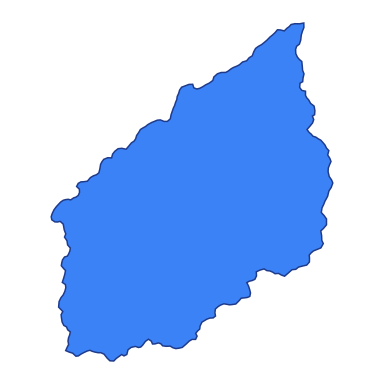 outline of Teresópolis, Rio de Janeiro, Brazil
{"feature_id": "56859067B36550414581908", "entity_name": "Teresópolis", "entity_type": "district", "adm_level": 2, "iso_a3": "BRA", "parent_name": "Brazil", "parent_adm1": "Rio de Janeiro", "projection": "robinson", "projection_center": [-42.875, -22.297], "detail": "fine", "context": "isolated", "style": "filled", "palette": "blue", "viewbox_px": 384, "rotation_deg": 0, "n_neighbors": 0, "source": "geoboundaries", "source_scale": "gbopen_adm2", "svg_char_len": 3775}
<svg xmlns="http://www.w3.org/2000/svg" viewBox="0 0 384 384"><path d="M320.9,247.9L323.3,243.6L321.8,240.4L321.6,235.5L320.8,230.9L323.4,228.5L326.5,224.8L326.5,219.0L324.2,215.7L321.3,212.5L322.0,207.9L323.7,204.4L325.0,201.1L326.3,198.8L327.7,196.1L328.3,193.4L329.0,190.8L331.2,187.5L332.8,183.0L331.6,180.0L329.2,176.5L328.1,171.7L328.3,168.1L329.4,165.1L331.0,161.5L329.8,158.3L327.7,155.0L328.8,150.6L326.5,148.1L324.9,144.9L322.6,142.2L320.8,140.2L318.1,138.7L315.8,137.1L312.9,136.2L311.2,134.1L309.2,132.5L307.0,129.5L310.1,126.0L312.6,122.9L313.7,119.6L312.4,116.1L314.6,114.7L314.9,110.7L314.1,106.1L310.6,103.4L308.6,99.8L306.8,97.9L305.5,95.4L305.5,91.2L301.8,90.4L299.7,87.5L300.0,83.2L302.7,81.7L303.0,78.2L304.0,73.9L302.6,70.3L302.3,66.4L301.8,61.5L299.3,59.4L297.4,57.1L295.8,53.6L295.6,49.5L296.6,46.3L299.4,44.1L300.7,40.2L301.3,35.0L302.5,31.0L303.9,27.5L303.8,23.0L299.5,23.8L294.9,23.7L291.1,24.5L289.2,26.6L286.9,28.3L284.3,30.9L280.2,29.9L277.4,29.8L275.2,32.5L272.4,35.1L269.9,37.1L267.0,40.1L264.2,42.5L261.6,44.6L258.3,46.4L255.6,48.4L253.9,51.5L252.2,55.9L249.2,57.7L246.6,60.8L242.5,62.0L239.5,64.7L237.1,66.0L233.4,67.5L231.1,68.8L228.3,71.0L225.8,72.4L221.1,72.5L217.4,73.8L213.9,76.9L212.8,80.5L209.1,83.2L205.9,84.7L202.6,86.8L199.7,88.3L196.8,89.0L193.8,87.8L192.7,84.3L189.0,84.4L185.3,85.8L181.6,87.2L179.6,90.1L178.6,93.5L177.2,96.5L176.8,99.5L175.5,102.6L174.6,105.6L173.4,108.0L172.2,111.5L171.1,114.7L170.3,118.8L167.4,121.4L164.0,121.4L160.3,119.9L157.2,120.2L153.9,121.6L151.6,122.5L148.0,124.5L145.4,126.6L142.8,128.0L140.4,129.5L138.7,132.5L136.6,135.5L135.7,138.7L134.1,141.1L131.4,142.9L129.0,145.8L126.1,149.2L121.8,148.3L118.1,148.7L114.8,151.3L112.6,154.1L111.6,157.9L107.8,157.7L103.8,159.3L102.1,161.5L100.6,164.3L99.9,168.6L98.9,172.8L96.5,174.7L93.4,175.8L90.4,177.6L87.4,181.2L83.7,181.7L80.8,181.9L78.2,183.4L76.6,186.5L79.4,189.2L79.5,192.5L78.2,195.5L76.0,197.1L73.6,197.9L70.7,199.9L68.2,199.3L65.7,199.6L63.2,200.3L60.7,202.0L58.7,204.1L56.4,206.6L54.0,209.8L52.2,213.6L51.2,216.7L51.8,219.8L54.9,221.9L57.5,222.0L60.2,221.4L63.2,224.1L64.3,230.1L65.8,233.9L64.5,237.1L67.0,240.8L67.6,244.9L70.3,248.0L69.9,250.9L68.7,253.8L67.4,256.1L64.5,257.0L62.5,259.9L61.8,262.6L61.3,265.7L63.4,268.3L65.5,270.5L64.8,274.2L63.8,277.7L62.3,282.4L65.4,284.5L65.8,287.7L64.9,291.2L63.2,294.9L60.9,297.8L59.1,301.5L58.6,307.1L62.8,311.5L61.1,314.7L61.5,318.1L62.1,322.0L63.8,325.4L66.5,326.9L67.7,329.8L70.3,331.9L69.7,334.8L68.5,337.9L68.0,341.0L68.6,344.5L67.3,347.0L65.7,350.6L69.2,352.1L72.7,353.2L75.9,356.2L78.4,355.9L81.0,354.1L84.0,352.5L87.5,350.9L90.0,350.3L92.2,351.3L95.0,352.1L98.0,352.7L100.8,352.7L104.0,354.1L107.4,358.4L109.9,360.8L113.8,361.0L116.4,358.3L118.8,356.6L121.7,354.5L124.0,355.9L126.8,354.5L128.0,349.8L131.1,347.4L135.5,346.4L138.4,347.5L140.8,347.0L142.7,345.1L145.4,341.4L148.4,339.2L151.3,341.1L152.5,344.0L155.0,343.9L158.4,342.9L160.9,343.8L162.6,345.8L166.1,346.3L170.2,346.1L172.8,347.7L175.8,348.6L178.9,348.2L182.3,347.4L186.2,344.0L189.2,341.1L192.1,339.4L195.6,339.4L197.1,336.1L195.7,333.4L197.6,331.0L199.7,329.1L200.1,326.0L201.9,322.2L206.6,319.3L209.7,318.1L213.2,317.9L215.5,316.0L214.9,312.6L215.4,309.0L218.1,306.6L220.5,305.1L223.8,303.8L226.9,304.3L229.4,304.8L231.8,304.6L235.8,304.0L239.0,300.8L241.2,298.2L244.9,297.8L247.6,297.4L249.8,296.4L250.5,293.0L249.8,290.1L248.6,286.2L246.8,282.6L249.3,281.2L252.3,280.5L254.9,279.3L256.5,275.9L256.3,271.8L260.0,270.1L264.1,268.9L266.8,270.6L269.7,270.9L272.6,272.1L275.0,273.7L278.6,273.4L281.3,275.0L284.6,276.2L288.3,273.0L292.0,269.7L295.8,269.3L298.5,267.1L302.7,266.0L306.7,265.1L309.4,262.0L309.5,258.0L309.2,255.2L311.0,253.0L313.5,250.9L316.7,249.6L320.9,247.9Z" fill="#3b82f6" stroke="#1e3a8a" stroke-width="1.5"/></svg>